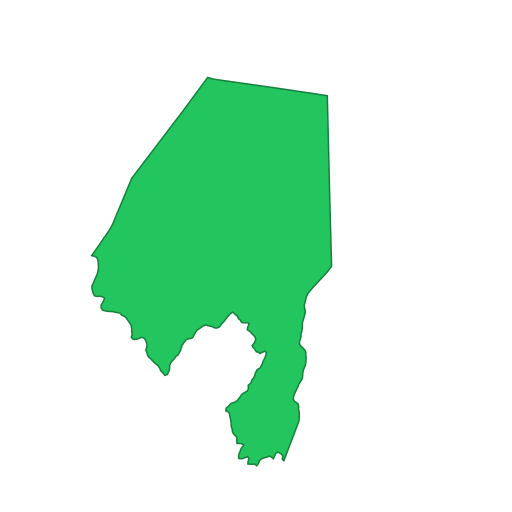 Teixeira de Freitas, Bahia, Brazil, rotated 218°
{"feature_id": "56859067B64660770353607", "entity_name": "Teixeira de Freitas", "entity_type": "district", "adm_level": 2, "iso_a3": "BRA", "parent_name": "Brazil", "parent_adm1": "Bahia", "projection": "equal_earth", "projection_center": [-39.873, -17.43], "detail": "fine", "context": "isolated", "style": "filled", "palette": "green", "viewbox_px": 512, "rotation_deg": 218, "n_neighbors": 0, "source": "geoboundaries", "source_scale": "gbopen_adm2", "svg_char_len": 3235}
<svg xmlns="http://www.w3.org/2000/svg" viewBox="0 0 512 512"><g transform="rotate(218 256 256)"><path d="M385.8,155.1L382.0,156.8L379.2,156.3L375.6,153.0L373.3,150.3L371.3,147.0L370.1,144.2L369.4,141.8L368.5,137.8L367.4,133.9L366.9,131.5L365.1,129.2L361.7,126.6L358.9,125.2L356.6,126.1L354.5,128.0L351.8,129.4L349.3,129.6L348.2,125.5L347.9,121.9L346.1,119.7L343.4,118.9L339.2,120.8L336.4,122.7L334.8,123.9L332.1,125.1L330.0,126.4L327.9,127.1L324.9,126.7L322.8,127.4L320.6,127.4L318.2,126.7L315.6,125.9L312.0,124.6L309.4,122.4L307.3,119.8L305.1,117.7L304.2,115.1L301.6,114.7L299.3,116.2L297.9,118.2L296.1,121.5L293.3,122.4L290.4,121.3L287.5,119.2L286.2,117.3L284.7,113.8L281.8,112.3L280.0,110.8L277.7,110.2L275.4,110.2L272.9,109.7L270.0,109.3L267.7,109.3L265.7,109.3L262.8,108.3L260.5,106.9L257.7,106.6L254.3,105.8L252.9,108.0L253.5,110.7L254.2,113.2L256.9,117.0L257.5,120.5L257.1,124.6L257.3,127.3L256.6,129.7L257.1,134.2L259.3,140.3L259.4,143.5L259.5,147.3L257.3,150.1L255.7,152.6L256.2,155.8L256.7,158.8L256.7,161.4L255.5,165.0L254.8,167.8L253.2,170.7L249.9,172.0L246.9,173.4L244.9,173.7L242.8,174.8L241.1,177.5L241.2,181.5L240.9,185.2L241.0,188.6L240.9,191.9L240.7,195.0L239.7,197.5L237.3,197.2L235.4,197.1L233.4,197.1L231.1,195.7L228.8,195.8L226.6,194.8L224.8,195.6L221.9,197.9L219.9,198.7L218.9,195.4L217.5,192.5L213.8,192.8L210.9,192.2L208.6,191.9L206.8,191.5L204.8,190.1L203.8,186.8L203.9,183.0L202.1,182.2L199.8,181.9L196.7,180.7L194.8,181.7L192.8,181.5L191.9,183.7L190.3,186.6L188.4,186.2L187.2,184.0L186.2,181.0L185.8,178.2L184.6,174.5L183.9,170.3L185.1,167.2L184.4,163.2L183.2,160.6L182.9,158.1L182.9,155.6L181.9,153.1L182.5,149.2L180.4,147.0L179.7,144.2L181.1,141.2L182.0,138.2L181.7,133.6L181.9,130.0L182.9,127.5L185.1,124.2L185.1,120.5L185.9,117.8L184.5,115.4L181.8,116.0L179.9,115.5L178.3,113.8L175.3,111.5L173.4,109.7L171.8,107.9L170.1,106.0L168.1,104.9L166.0,102.7L164.0,102.0L162.1,101.7L159.7,101.6L157.7,99.0L155.6,96.6L153.7,98.0L151.6,99.3L149.1,99.5L149.3,95.5L148.2,91.9L147.1,88.4L144.9,85.8L142.4,87.4L140.8,89.9L139.0,92.7L137.0,92.4L135.6,88.9L134.3,87.1L131.8,88.8L128.9,91.2L126.3,91.2L126.4,94.3L127.3,97.0L126.6,100.0L124.9,102.6L123.4,104.3L122.5,106.7L119.8,107.0L117.4,107.0L118.2,109.8L118.9,112.7L118.0,115.0L116.1,115.2L113.9,115.5L111.8,115.0L110.1,112.0L108.0,111.9L120.4,152.0L122.0,154.7L123.8,157.1L125.9,159.6L128.4,161.8L130.1,164.0L131.7,165.4L134.1,165.4L136.2,165.2L138.2,165.8L139.7,168.1L140.8,171.3L141.7,175.0L142.4,178.5L143.3,181.2L143.7,184.5L143.9,187.6L145.2,189.9L147.1,192.5L148.6,195.8L149.7,200.0L151.5,203.3L153.1,205.5L154.5,207.4L156.1,208.9L157.4,210.8L159.5,211.9L162.3,212.5L164.9,212.6L167.3,213.3L169.1,215.3L169.8,217.8L170.9,220.3L172.5,222.2L173.7,225.2L175.3,228.1L177.0,230.2L178.4,232.1L179.9,236.0L181.0,238.7L182.1,241.4L184.0,243.7L185.7,244.9L187.6,246.8L189.0,250.2L191.0,254.3L192.0,258.4L191.9,264.7L190.0,286.2L190.1,294.4L237.2,351.5L298.5,426.2L334.7,405.8L398.2,369.3L404.0,367.0L402.9,328.1L402.8,322.5L402.7,309.1L402.6,305.4L401.8,240.8L388.6,192.8L387.7,188.0L387.4,184.9L387.2,181.3L387.0,178.8L387.0,176.3L386.7,173.2L386.5,169.9L386.3,166.1L386.0,161.5L385.9,158.3L385.8,155.1Z" fill="#22c55e" stroke="#15803d" stroke-width="1.5"/></g></svg>